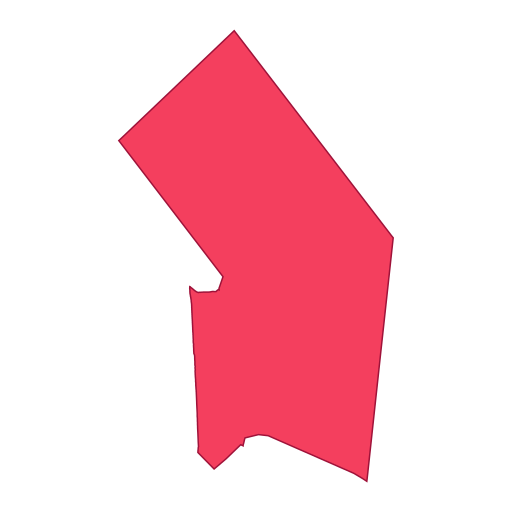 outline of Enkhuizen, Noord-Holland, Netherlands
{"feature_id": "6326949B87698355372902", "entity_name": "Enkhuizen", "entity_type": "district", "adm_level": 2, "iso_a3": "NLD", "parent_name": "Netherlands", "parent_adm1": "Noord-Holland", "projection": "orthographic", "projection_center": [5.262, 52.758], "detail": "fine", "context": "isolated", "style": "filled", "palette": "rose", "viewbox_px": 512, "rotation_deg": 0, "n_neighbors": 0, "source": "geoboundaries", "source_scale": "gbopen_adm2", "svg_char_len": 4918}
<svg xmlns="http://www.w3.org/2000/svg" viewBox="0 0 512 512"><path d="M393.2,237.8L391.5,235.7L327.9,152.8L314.7,135.6L234.2,30.7L225.3,39.2L132.7,127.4L123.8,135.9L118.8,140.6L223.0,276.7L219.8,286.1L219.0,288.3L219.1,289.0L219.1,289.8L218.9,289.7L218.7,289.6L218.4,289.6L218.2,289.7L218.1,289.8L217.9,289.9L217.8,290.0L217.6,290.1L217.3,290.4L217.1,290.5L216.8,290.8L216.6,291.0L216.4,291.2L216.2,291.3L216.1,291.5L215.9,291.5L215.6,291.6L215.4,291.6L215.2,291.6L214.8,291.6L214.6,291.6L214.3,291.6L214.1,291.6L213.9,291.5L213.7,291.5L213.3,291.5L213.1,291.5L212.9,291.5L212.6,291.5L212.4,291.5L212.2,291.5L211.8,291.6L211.5,291.7L211.2,291.7L210.7,291.8L210.4,291.9L209.8,292.0L209.6,292.0L209.2,292.0L208.7,292.1L208.4,292.1L208.0,292.1L207.3,292.1L206.9,292.1L206.5,292.1L206.3,292.1L206.0,292.1L205.5,292.1L205.0,292.1L204.7,292.1L204.2,292.1L203.9,292.1L203.4,292.1L203.0,292.1L202.5,292.2L202.2,292.2L201.7,292.2L201.4,292.2L200.9,292.3L200.5,292.3L200.1,292.3L199.5,292.3L199.2,292.3L198.8,292.4L198.5,292.5L198.3,292.5L198.2,292.4L197.8,292.3L197.6,292.3L197.4,292.2L197.2,292.1L196.9,292.0L196.6,291.9L196.3,291.7L196.1,291.6L195.9,291.4L195.6,291.3L195.6,291.2L195.4,291.1L195.1,290.9L194.8,290.6L194.6,290.5L194.3,290.2L194.0,290.0L193.5,289.6L193.3,289.4L193.1,289.2L192.9,289.0L192.7,288.9L192.5,288.7L192.4,288.6L192.2,288.5L191.9,288.2L191.7,288.1L191.4,287.9L191.2,287.7L190.8,287.4L190.7,287.3L190.5,287.1L190.3,287.0L190.2,286.8L190.1,286.7L189.8,286.6L189.7,288.4L189.7,288.5L189.8,289.2L189.8,289.9L189.9,290.1L189.9,290.7L189.9,292.2L190.0,292.6L190.0,293.1L190.0,293.5L190.2,294.3L190.2,294.6L190.4,295.3L190.4,295.8L190.5,296.4L190.7,297.2L190.8,297.8L190.9,298.6L191.0,299.0L191.0,299.3L191.1,299.7L191.2,300.4L191.2,301.1L191.3,302.0L191.4,302.7L191.5,303.4L191.6,304.1L191.6,305.2L191.7,305.8L191.7,306.4L191.7,307.1L191.7,307.8L191.8,308.3L191.8,309.2L191.8,309.9L191.9,311.0L191.9,311.8L191.9,312.4L192.0,313.1L192.0,313.3L192.0,313.6L192.0,314.5L192.1,315.4L192.1,316.6L192.2,317.6L192.2,318.4L192.3,319.1L192.3,320.0L192.4,321.4L192.4,322.1L192.4,322.8L192.5,323.7L192.5,324.6L192.6,325.7L192.6,326.5L192.7,327.9L192.7,328.3L192.7,328.7L192.7,329.4L192.8,329.9L192.8,330.6L192.8,331.3L192.9,332.0L192.9,332.5L193.0,333.0L193.0,333.4L193.0,334.1L193.0,334.7L193.1,335.3L193.1,335.6L193.1,336.0L193.1,336.3L193.2,338.7L193.3,339.2L193.2,340.8L193.3,342.8L193.5,343.6L193.6,344.5L193.5,345.4L193.6,347.4L193.7,348.6L193.7,350.1L193.7,350.6L193.9,353.4L193.9,353.7L194.0,353.9L194.4,354.6L194.5,355.0L194.7,356.9L194.7,358.7L194.8,360.2L194.8,360.3L194.8,360.5L194.8,360.9L194.9,361.2L194.9,361.4L194.9,361.7L194.9,361.9L194.9,362.1L194.9,362.3L194.9,362.5L194.9,362.9L194.9,363.1L194.9,363.3L194.9,363.5L194.9,363.8L194.9,364.1L194.9,364.5L194.9,364.9L194.9,365.0L195.0,365.3L195.0,365.6L195.1,365.8L195.1,366.1L195.2,366.4L195.2,366.5L195.3,366.7L195.3,366.8L195.2,367.0L195.1,367.3L195.1,367.5L195.0,367.8L195.0,368.0L195.1,368.4L195.1,368.5L195.2,368.8L195.2,369.1L195.3,369.3L195.3,369.5L195.3,369.8L195.3,370.0L195.2,370.0L195.2,370.4L195.1,370.6L195.1,370.8L195.1,371.1L195.1,371.3L195.1,371.5L195.1,371.9L195.1,372.1L195.2,372.4L195.2,372.7L195.2,372.9L195.2,373.2L195.2,373.4L195.2,373.7L195.2,373.9L195.2,374.2L195.2,374.4L195.3,374.7L195.3,374.9L195.3,375.1L195.3,375.8L195.3,376.2L195.4,376.8L195.4,377.4L195.4,377.6L195.5,377.9L195.5,378.3L195.5,378.7L195.5,378.9L195.6,379.3L195.6,379.6L195.6,379.8L195.6,380.1L195.6,380.3L195.6,380.5L195.6,380.9L195.6,381.0L195.6,381.3L195.6,381.5L195.6,381.8L195.7,382.0L195.7,382.3L195.7,382.5L195.8,382.7L195.8,383.0L195.8,383.5L195.8,384.0L195.8,384.4L195.8,384.7L195.8,384.9L195.8,385.1L195.8,385.4L195.8,385.6L195.9,385.9L195.9,386.1L195.9,386.4L195.9,386.7L195.9,387.0L196.0,387.5L196.0,388.0L196.0,388.5L196.1,389.0L196.1,389.5L196.1,389.8L196.2,390.0L196.2,390.5L196.2,390.9L196.2,391.1L196.2,391.3L196.2,391.5L196.3,391.6L196.3,391.8L196.3,392.7L196.7,402.1L196.7,403.1L197.2,413.2L197.2,413.5L197.2,413.8L197.2,414.1L197.2,414.4L197.2,414.7L197.2,415.0L197.2,415.5L197.2,415.8L197.2,416.0L197.2,416.3L197.2,416.6L197.3,416.8L197.3,417.1L197.3,417.4L197.3,417.8L197.3,418.0L197.4,418.4L197.4,418.6L197.4,418.8L197.4,419.0L197.4,419.4L197.4,420.3L197.4,420.5L197.4,420.8L197.4,421.1L197.4,421.3L197.4,421.5L197.5,421.8L197.5,422.2L197.5,422.5L197.5,422.9L197.5,423.2L197.5,423.4L197.5,423.7L197.5,424.0L197.5,424.3L197.5,424.7L197.5,424.8L197.6,426.1L197.6,426.6L197.6,427.5L197.7,429.9L197.9,433.2L197.9,433.4L198.2,441.2L198.2,441.6L198.5,446.7L198.3,447.2L198.2,448.2L198.2,448.4L198.1,449.6L198.1,449.9L198.1,450.0L198.0,450.3L197.9,452.5L214.1,469.0L226.2,458.7L240.7,444.7L243.1,445.8L243.1,445.6L243.1,445.4L243.4,444.1L243.7,443.1L244.3,440.5L244.7,438.9L245.0,437.9L258.5,434.6L268.2,435.7L353.8,473.3L362.7,478.6L366.8,481.3L367.2,478.2L380.3,356.5L393.2,237.8Z" fill="#f43f5e" stroke="#9f1239" stroke-width="1.5"/></svg>